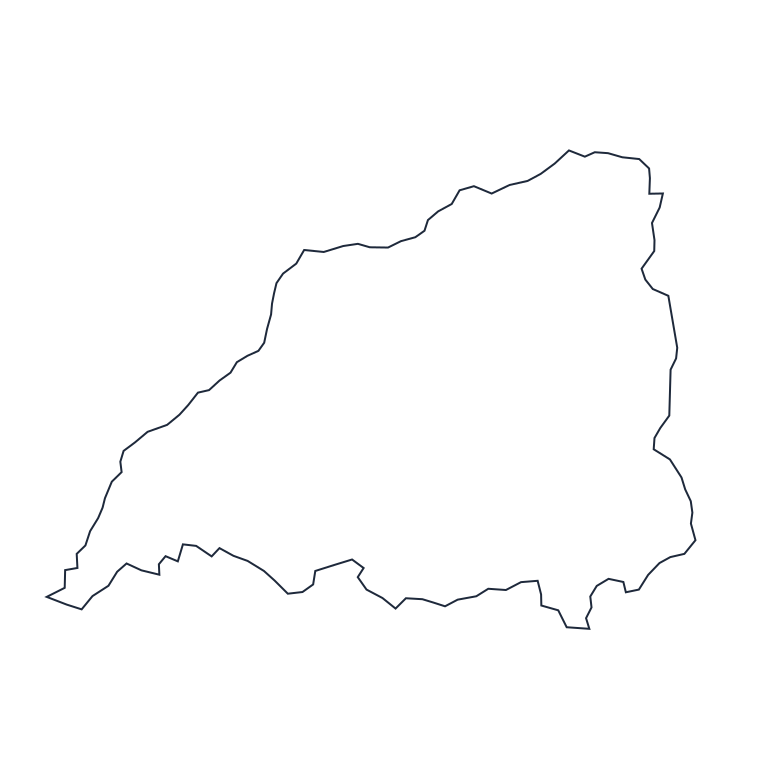 the district of Guabiju, Rio Grande do Sul, Brazil, rotated 94°
{"feature_id": "56859067B87020577713641", "entity_name": "Guabiju", "entity_type": "district", "adm_level": 2, "iso_a3": "BRA", "parent_name": "Brazil", "parent_adm1": "Rio Grande do Sul", "projection": "natural_earth1", "projection_center": [-51.652, -28.591], "detail": "fine", "context": "isolated", "style": "outline", "palette": "slate", "viewbox_px": 768, "rotation_deg": 94, "n_neighbors": 0, "source": "geoboundaries", "source_scale": "gbopen_adm2", "svg_char_len": 1867}
<svg xmlns="http://www.w3.org/2000/svg" viewBox="0 0 768 768"><g transform="rotate(94 384 384)"><path d="M613.9,162.1L603.5,166.1L592.4,161.4L581.6,163.4L570.6,157.7L562.7,146.4L564.8,131.4L574.9,128.2L571.3,115.4L556.0,107.2L543.4,96.7L536.7,86.3L532.5,72.5L518.1,62.4L501.8,68.1L490.8,67.4L479.5,69.8L468.1,76.2L456.5,80.7L439.3,93.5L430.3,110.4L419.0,110.4L408.6,105.3L395.6,97.2L349.7,99.1L338.1,94.4L327.4,94.0L276.2,106.5L270.5,122.5L261.6,130.6L251.0,135.1L232.5,123.7L221.6,124.2L204.7,127.9L188.7,121.3L174.5,119.1L175.7,132.6L160.1,133.1L150.5,134.6L141.8,145.1L141.2,162.1L138.1,176.6L138.1,189.9L143.2,199.5L138.1,215.8L152.2,229.1L163.5,242.4L171.4,254.9L176.7,272.6L186.5,289.9L180.4,308.1L185.5,322.1L199.7,329.0L208.0,342.0L217.4,351.6L228.3,354.3L235.4,363.0L240.3,377.0L247.6,389.5L248.6,407.7L246.0,419.8L249.2,434.3L256.5,453.3L255.9,473.0L270.0,479.9L280.9,492.4L290.9,498.3L301.2,500.0L311.6,501.3L322.5,501.5L337.2,504.5L351.2,506.4L359.7,511.6L365.4,522.2L372.5,532.3L383.4,537.9L392.0,548.3L402.3,558.1L405.6,569.0L418.6,577.8L428.9,585.9L439.9,597.5L448.2,616.5L459.6,628.3L468.9,639.1L479.9,641.6L490.2,639.6L500.4,648.7L517.4,654.4L527.0,656.1L537.7,659.8L551.3,666.9L565.9,670.6L574.9,678.7L588.9,677.0L591.9,689.1L609.6,688.3L619.9,705.6L626.2,685.1L629.9,669.9L615.9,660.0L604.5,644.8L589.9,637.1L581.0,628.3L586.8,613.0L589.9,594.8L579.5,596.0L571.0,589.9L575.3,577.3L558.0,573.4L558.6,560.1L568.0,543.9L559.2,536.7L565.9,522.2L570.0,507.7L578.9,490.7L587.7,479.4L599.9,465.3L597.2,450.8L588.9,440.7L575.3,439.5L568.0,421.0L561.3,403.6L569.0,391.5L578.5,396.7L590.3,387.1L597.6,370.6L607.2,356.8L596.2,347.2L596.0,330.7L598.6,319.4L601.5,307.6L594.0,295.5L589.3,277.1L581.0,265.7L581.0,248.0L572.1,233.5L569.6,217.0L583.0,212.6L594.0,211.6L597.6,194.4L613.9,184.8L613.9,162.1Z" fill="none" stroke="#1e293b" stroke-width="2"/></g></svg>